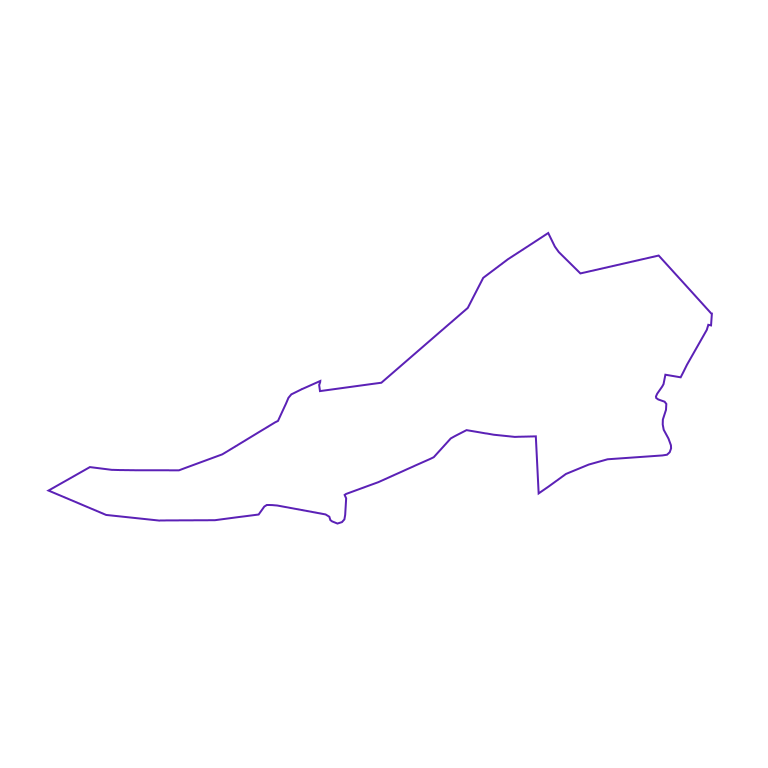 Qatabir, Sa`dah, Yemen, rotated 100°
{"feature_id": "15242507B9763756756493", "entity_name": "Qatabir", "entity_type": "district", "adm_level": 2, "iso_a3": "YEM", "parent_name": "Yemen", "parent_adm1": "Sa`dah", "projection": "equal_earth", "projection_center": [43.344, 17.33], "detail": "fine", "context": "isolated", "style": "outline", "palette": "violet", "viewbox_px": 768, "rotation_deg": 100, "n_neighbors": 0, "source": "geoboundaries", "source_scale": "gbopen_adm2", "svg_char_len": 1802}
<svg xmlns="http://www.w3.org/2000/svg" viewBox="0 0 768 768"><g transform="rotate(100 384 384)"><path d="M557.5,581.3L557.3,580.8L556.1,574.4L547.5,526.9L540.2,503.8L538.7,498.9L534.3,484.8L525.5,480.6L523.5,478.4L522.7,473.5L522.2,468.0L522.6,418.9L524.2,414.8L527.3,413.2L528.3,411.3L529.5,405.6L527.3,401.4L524.2,399.5L519.7,399.5L503.2,401.4L500.1,403.5L498.9,402.3L486.6,381.1L481.7,372.6L471.9,358.2L466.9,350.8L463.8,346.3L460.1,340.8L459.1,339.4L453.8,331.5L449.7,325.4L447.6,322.5L447.3,322.2L426.0,308.8L423.3,305.5L421.6,303.3L415.1,294.7L415.0,281.1L415.0,275.5L414.9,274.1L414.9,267.1L413.4,246.3L413.4,246.0L412.6,242.4L411.6,237.3L409.2,225.4L464.9,212.7L456.4,204.1L441.0,189.2L427.8,168.4L419.3,150.7L406.0,97.4L404.5,93.0L401.6,90.8L397.5,90.1L394.5,90.8L388.3,94.4L383.9,97.9L380.5,100.6L375.4,102.5L370.6,103.2L368.4,102.9L360.5,101.8L354.6,102.5L352.7,104.6L351.6,111.2L350.5,113.5L349.1,114.0L346.2,113.3L338.2,109.6L335.6,108.7L326.0,108.5L325.9,93.0L319.7,91.1L312.5,89.0L311.1,88.5L302.7,85.5L274.6,75.5L271.2,75.1L270.8,75.0L269.4,74.9L269.5,72.1L261.8,72.9L258.0,73.3L258.1,73.5L235.5,102.6L209.8,135.8L241.0,209.8L223.7,234.8L219.0,239.6L206.8,248.5L226.2,269.2L239.6,283.6L262.2,304.7L282.5,311.0L294.5,314.7L324.1,338.8L383.2,386.8L386.4,396.9L398.7,435.2L402.1,445.8L396.2,447.7L395.3,447.5L393.2,447.2L392.1,447.3L394.8,451.3L397.9,455.9L399.2,457.8L403.3,463.9L403.3,464.1L403.8,464.6L409.9,472.9L410.2,473.4L414.2,475.7L420.3,477.1L425.9,478.6L438.8,482.0L440.6,484.5L444.8,489.3L454.5,500.4L454.6,500.5L479.6,529.0L481.4,531.1L493.9,552.6L498.5,560.5L501.0,564.8L504.6,570.9L511.6,610.9L511.8,612.2L511.9,612.6L514.8,630.4L515.5,635.2L515.6,635.8L515.8,637.0L516.9,659.2L547.2,695.9L561.2,634.9L557.5,581.3Z" fill="none" stroke="#5b21b6" stroke-width="2"/></g></svg>